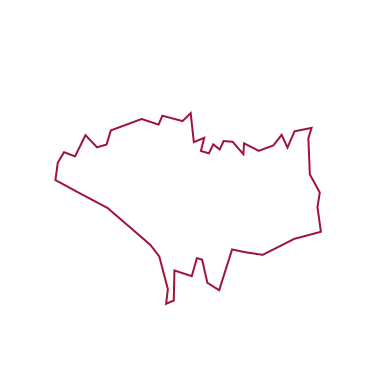 Hamblen, Tennessee, United States of America, rotated 27°
{"feature_id": "52423323B13486239193987", "entity_name": "Hamblen", "entity_type": "district", "adm_level": 2, "iso_a3": "USA", "parent_name": "United States of America", "parent_adm1": "Tennessee", "projection": "mercator", "projection_center": [-83.267, 36.215], "detail": "fine", "context": "isolated", "style": "outline", "palette": "rose", "viewbox_px": 384, "rotation_deg": 27, "n_neighbors": 0, "source": "geoboundaries", "source_scale": "gbopen_adm2", "svg_char_len": 777}
<svg xmlns="http://www.w3.org/2000/svg" viewBox="0 0 384 384"><g transform="rotate(27 192 192)"><path d="M267.0,221.4L283.5,215.9L304.4,187.3L324.9,168.9L310.7,148.6L306.1,134.5L289.0,122.8L271.3,91.3L269.4,80.6L255.8,91.4L256.9,109.1L245.9,100.4L243.4,113.5L232.8,125.0L216.3,125.0L220.6,135.0L205.4,128.8L197.1,132.2L197.3,141.5L189.3,139.9L189.5,149.9L181.3,151.4L178.3,138.2L171.0,146.7L155.0,122.3L151.4,133.1L131.0,137.5L131.6,147.1L114.0,149.8L91.7,174.0L94.3,188.5L87.1,195.3L71.3,189.7L71.6,213.4L59.9,214.6L59.1,226.8L64.9,243.4L87.6,244.0L124.1,244.6L178.9,258.0L192.1,264.3L214.6,289.5L219.7,303.4L225.0,297.0L212.0,269.9L230.0,267.1L226.4,248.7L231.7,247.7L246.9,265.9L260.8,267.2L253.8,225.0L267.0,221.4Z" fill="none" stroke="#9f1239" stroke-width="2"/></g></svg>